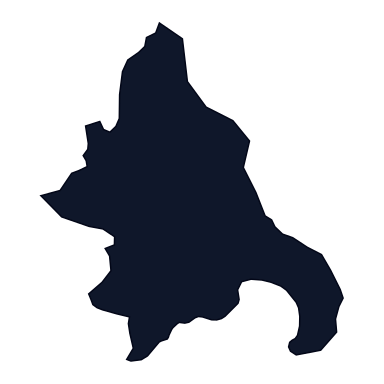 the border of Azua
{"feature_id": "DOM-1974", "entity_name": "Azua", "entity_type": "Province", "adm_level": 1, "iso_a3": "DOM", "parent_name": "Dominican Republic", "parent_adm1": "", "projection": "mercator", "projection_center": [-70.822, 18.624], "detail": "fine", "context": "isolated", "style": "filled", "palette": "ink", "viewbox_px": 384, "rotation_deg": 0, "n_neighbors": 0, "source": "natural_earth", "source_scale": "10m", "svg_char_len": 1377}
<svg xmlns="http://www.w3.org/2000/svg" viewBox="0 0 384 384"><path d="M296.2,354.9L290.5,351.2L288.6,346.9L289.7,342.3L292.2,340.2L295.2,338.6L297.5,335.4L299.6,326.1L299.8,316.4L298.6,307.8L296.2,302.3L286.5,290.2L280.7,286.0L270.6,282.1L261.9,280.0L251.0,279.2L241.6,281.7L237.6,289.8L239.1,299.5L238.0,303.3L225.0,316.3L221.4,318.6L216.7,319.9L211.6,319.8L202.4,316.9L198.4,316.5L195.0,317.8L188.9,322.2L184.8,323.1L179.2,322.4L177.3,323.6L172.9,327.7L171.7,329.4L169.0,335.1L168.4,337.2L167.3,339.0L161.4,340.9L159.2,342.0L147.5,355.9L141.3,359.7L130.9,361.0L126.7,359.4L133.3,348.3L129.9,333.4L128.4,323.6L129.5,316.9L116.7,313.8L102.5,309.8L97.1,307.7L92.9,304.6L90.9,299.2L88.7,293.9L102.1,282.3L111.0,270.7L109.6,256.0L105.2,248.5L114.4,244.9L114.6,236.7L102.9,228.9L89.1,226.4L61.7,216.9L40.9,195.7L60.1,190.5L71.7,173.3L78.9,170.6L87.2,166.6L86.2,160.7L83.2,155.6L87.8,149.3L88.3,143.5L85.6,126.0L99.8,121.5L103.5,129.5L109.9,132.2L115.9,126.4L119.3,118.5L119.6,94.6L122.5,71.6L127.8,60.0L138.6,52.5L144.8,46.5L146.5,37.5L155.7,33.0L159.4,23.0L182.4,38.8L187.4,81.6L206.1,107.1L232.9,120.7L249.5,141.0L243.3,167.5L255.9,192.5L265.1,215.9L271.6,219.9L274.9,226.8L282.5,234.1L292.7,237.7L307.3,247.3L321.5,254.6L330.6,270.3L340.2,289.5L343.1,298.1L338.9,306.5L335.5,319.0L336.6,332.1L320.7,350.2L296.2,354.9Z" fill="#0f172a" stroke="#020617" stroke-width="1.5"/></svg>